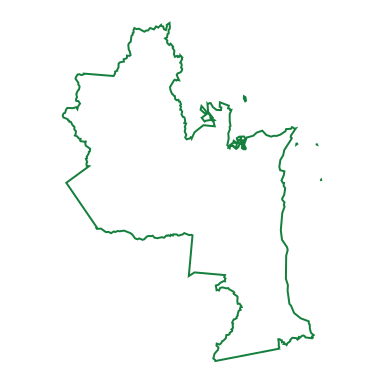 outline of Lockhart River, Queensland, Australia
{"feature_id": "25037944B30530613092043", "entity_name": "Lockhart River", "entity_type": "district", "adm_level": 2, "iso_a3": "AUS", "parent_name": "Australia", "parent_adm1": "Queensland", "projection": "orthographic", "projection_center": [143.259, -13.018], "detail": "fine", "context": "isolated", "style": "outline", "palette": "green", "viewbox_px": 384, "rotation_deg": 0, "n_neighbors": 0, "source": "geoboundaries", "source_scale": "gbopen_adm2", "svg_char_len": 5964}
<svg xmlns="http://www.w3.org/2000/svg" viewBox="0 0 384 384"><path d="M313.7,335.1L311.4,333.3L310.7,331.9L309.9,328.8L309.7,324.4L308.9,323.8L308.7,321.3L300.7,318.3L294.1,313.0L291.0,305.7L289.4,303.8L287.6,290.7L287.9,285.1L285.9,278.8L286.2,255.6L287.7,250.1L287.1,247.3L282.0,239.8L280.8,230.3L282.3,212.8L284.6,206.6L283.8,205.1L284.5,202.3L282.4,200.0L282.1,198.8L284.2,194.7L285.2,188.3L283.6,185.7L284.0,182.9L282.8,182.8L281.5,180.5L283.8,175.1L284.4,171.3L280.2,170.2L279.3,166.9L280.4,159.8L283.1,155.5L284.3,150.0L291.6,138.7L291.8,138.2L290.7,137.3L291.0,135.5L295.7,128.5L294.9,128.8L292.0,127.1L290.9,128.8L286.1,129.1L285.4,131.3L280.2,134.7L276.7,135.9L273.8,135.8L271.1,136.6L266.3,135.0L262.3,130.7L256.7,132.6L253.2,135.8L246.7,137.5L244.1,144.6L245.8,148.2L245.3,149.3L243.5,149.2L241.9,148.1L242.2,144.4L241.4,143.7L239.2,144.7L238.4,147.0L236.2,148.9L232.6,146.0L230.2,146.0L229.7,148.2L229.1,147.5L228.4,147.7L228.7,146.7L227.3,145.2L228.7,138.6L228.3,133.3L229.9,129.3L229.6,126.9L230.5,125.9L229.7,121.2L229.7,114.3L231.4,109.8L229.9,109.8L229.6,108.7L228.1,108.3L228.8,105.7L219.9,102.3L219.7,106.8L221.3,107.4L221.0,110.1L216.5,109.9L212.9,107.1L210.7,103.2L209.5,103.0L207.8,104.4L207.5,104.0L208.1,111.8L212.9,117.9L212.3,119.1L214.5,120.3L213.4,120.8L212.8,120.0L211.9,120.2L213.6,122.1L214.7,126.3L203.4,125.2L194.5,132.3L191.8,138.3L191.6,137.5L190.7,137.2L190.0,138.4L186.6,139.3L185.2,137.4L186.3,134.9L184.7,131.5L185.4,128.3L184.8,126.9L186.1,123.4L184.3,123.0L185.2,121.1L184.6,117.8L183.8,117.0L182.9,116.9L181.5,114.4L182.2,111.7L181.2,109.9L180.2,109.6L181.0,106.8L180.1,105.5L181.0,104.3L180.0,101.6L178.9,101.5L178.4,99.8L176.6,100.2L175.2,99.1L174.9,96.1L173.6,95.6L173.1,94.5L172.0,93.9L170.3,89.5L170.1,86.9L173.9,80.5L174.8,79.7L176.4,80.5L177.1,79.9L179.1,80.3L176.7,75.0L177.6,73.4L180.6,72.3L181.9,70.5L182.2,68.8L181.1,67.6L181.7,65.4L181.3,63.3L180.2,62.7L182.1,59.3L181.8,58.1L182.3,57.5L180.5,55.5L180.5,56.2L179.9,56.5L179.6,56.0L178.9,56.7L178.4,56.3L177.7,56.9L177.1,55.9L174.9,56.8L173.9,54.1L174.4,50.8L172.6,47.9L173.2,46.9L170.6,43.7L169.4,45.0L168.5,44.4L167.1,42.6L167.3,40.5L165.1,38.4L167.0,37.5L167.6,33.9L168.7,33.4L168.6,29.9L169.6,29.0L169.9,27.2L169.5,23.0L166.8,24.9L166.9,26.5L165.9,30.0L163.9,29.2L163.2,26.5L161.5,26.1L161.1,24.9L158.2,27.6L156.1,26.4L154.0,29.4L150.1,28.0L148.1,30.4L146.1,30.6L144.3,31.7L138.9,28.7L136.6,29.1L134.4,28.1L133.5,30.3L133.6,32.6L132.6,33.2L132.7,34.7L131.5,35.8L130.7,41.7L128.8,43.5L128.3,45.0L128.8,49.9L129.7,51.2L130.6,55.1L129.6,55.9L127.0,55.6L127.0,57.5L126.3,58.4L123.7,59.2L123.9,61.6L120.0,62.3L118.6,63.6L118.5,67.5L117.2,69.7L117.3,70.7L115.1,71.6L115.1,73.5L113.6,76.0L83.8,73.6L83.8,74.3L81.4,75.1L79.2,74.2L77.5,74.6L76.1,76.9L75.5,78.7L78.3,82.7L78.3,84.4L79.6,86.5L79.0,89.5L77.7,90.8L76.3,94.1L77.0,97.1L75.9,99.5L76.3,100.9L78.4,101.1L80.0,103.6L77.9,106.7L77.4,109.1L76.1,107.2L73.0,108.2L67.4,107.9L66.1,109.4L65.1,112.8L63.6,113.4L62.7,115.5L63.4,117.5L67.6,119.1L68.1,120.3L69.2,120.7L69.3,121.7L70.9,122.0L72.7,125.4L74.4,126.8L74.3,129.3L75.9,131.2L75.7,134.0L74.9,135.5L77.2,136.4L78.8,138.5L80.6,138.9L80.1,140.5L80.7,141.2L84.5,141.7L86.5,141.3L85.1,142.4L85.7,145.6L90.1,148.7L89.8,151.4L88.8,151.9L88.7,153.6L86.7,156.7L87.0,158.3L85.9,158.8L87.2,162.1L86.4,163.5L86.7,165.8L89.0,166.2L66.3,182.8L96.8,227.4L96.2,227.9L97.0,228.9L101.0,228.6L105.9,232.1L108.6,231.9L111.0,233.2L113.7,231.5L115.3,232.0L117.7,231.0L119.8,231.3L124.0,230.6L130.4,233.1L132.4,234.6L135.1,238.4L137.5,239.3L139.1,238.4L142.5,239.8L144.2,239.3L146.9,236.5L149.0,235.9L151.0,236.2L152.7,235.7L154.5,237.7L157.5,238.2L161.6,237.2L164.1,237.7L166.3,235.6L167.7,235.8L168.2,235.2L170.3,236.0L170.8,234.8L172.9,235.5L173.2,234.4L176.7,234.4L178.0,235.5L179.0,235.5L182.7,234.4L184.3,233.1L189.2,235.1L191.2,234.8L192.5,235.3L188.8,276.1L194.5,272.4L225.0,275.1L224.2,277.1L225.5,278.5L224.8,279.9L225.0,281.3L223.5,281.2L220.3,282.8L218.5,284.7L215.8,285.5L216.6,290.1L217.2,289.7L219.0,290.5L220.2,287.9L222.5,287.4L226.7,288.4L228.3,288.1L229.2,289.3L233.7,291.8L234.3,292.6L233.6,293.5L233.9,294.0L237.1,296.2L237.6,297.0L237.3,301.2L237.7,303.8L239.6,303.7L241.6,306.6L241.7,307.1L240.4,307.3L240.0,308.8L240.6,309.8L238.7,310.8L237.6,314.4L237.8,315.4L236.6,316.9L236.8,317.9L235.0,319.2L233.7,319.4L232.1,322.7L233.1,323.6L232.6,324.6L233.0,327.8L231.6,329.3L232.2,329.5L232.2,331.0L229.7,332.8L229.7,333.8L228.7,334.8L226.3,335.1L226.0,337.9L223.5,340.6L222.3,341.1L220.9,343.5L219.5,344.5L216.7,343.6L216.5,345.7L218.4,347.3L218.1,349.6L214.6,353.6L213.3,358.5L214.9,359.7L215.4,361.0L279.0,348.7L278.6,348.2L279.3,347.0L278.6,345.5L278.9,344.1L278.3,339.3L279.7,339.2L280.6,340.2L281.8,340.3L282.0,342.3L283.8,342.1L284.4,343.1L283.8,344.0L285.9,344.2L286.6,345.0L287.5,343.2L290.3,341.1L290.3,339.9L292.3,337.8L296.1,338.1L297.6,339.6L299.0,338.4L298.3,337.9L298.9,336.9L300.2,337.4L302.2,335.7L303.3,335.5L304.7,336.2L305.4,337.4L312.1,338.3L312.8,337.7L312.0,336.5L313.7,335.1ZM204.6,121.5L206.0,120.7L212.7,119.7L210.6,118.5L210.2,115.7L209.1,114.1L206.5,112.5L205.6,110.6L201.5,106.0L200.6,109.7L206.1,114.5L201.7,117.8L204.6,121.5ZM232.3,143.3L230.4,144.8L233.3,145.7L234.9,147.5L236.1,147.6L236.9,143.5L234.5,142.6L232.3,143.3ZM241.0,139.1L242.2,140.6L243.7,140.4L244.9,139.4L245.2,138.1L244.0,136.5L241.1,136.6L241.0,139.1ZM239.5,136.6L236.8,138.2L237.2,139.7L238.9,140.1L240.7,139.6L240.5,136.9L239.5,136.6ZM242.7,140.9L243.6,145.4L242.5,147.4L245.1,148.0L243.8,144.6L244.8,141.7L244.5,140.7L242.7,140.9ZM238.0,142.3L239.2,143.3L241.8,142.3L240.8,141.0L239.3,140.7L237.7,140.9L238.0,142.3ZM246.0,100.7L245.4,97.1L244.0,96.3L243.9,98.6L245.2,101.3L246.0,100.7ZM233.5,141.4L234.2,142.2L236.1,142.5L233.8,140.7L233.5,141.4ZM296.3,144.7L297.3,144.0L297.2,143.7L296.5,143.6L296.3,144.7ZM316.7,143.6L316.6,144.5L317.1,144.7L316.7,143.6ZM321.3,180.9L321.1,179.7L320.9,179.9L321.3,180.9Z" fill="none" stroke="#15803d" stroke-width="2"/></svg>